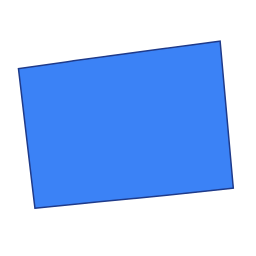 outline of Rockingham, North Carolina, United States of America, rotated 352°
{"feature_id": "52423323B98721671056324", "entity_name": "Rockingham", "entity_type": "district", "adm_level": 2, "iso_a3": "USA", "parent_name": "United States of America", "parent_adm1": "North Carolina", "projection": "mercator", "projection_center": [-79.829, 36.392], "detail": "fine", "context": "isolated", "style": "filled", "palette": "blue", "viewbox_px": 256, "rotation_deg": 352, "n_neighbors": 0, "source": "geoboundaries", "source_scale": "gbopen_adm2", "svg_char_len": 470}
<svg xmlns="http://www.w3.org/2000/svg" viewBox="0 0 256 256"><g transform="rotate(352 128 128)"><path d="M223.9,202.2L224.1,198.7L224.1,198.1L231.3,54.8L170.6,54.3L170.4,54.3L151.6,54.2L83.3,53.8L81.6,53.9L76.4,54.0L70.3,54.0L51.7,54.0L41.7,54.0L27.8,54.0L25.4,159.9L24.9,182.8L24.8,188.4L24.7,194.4L24.7,194.5L24.9,194.5L91.1,197.1L124.2,198.6L125.3,198.7L137.7,199.2L137.8,199.2L157.3,200.0L223.9,202.2Z" fill="#3b82f6" stroke="#1e3a8a" stroke-width="1.5"/></g></svg>